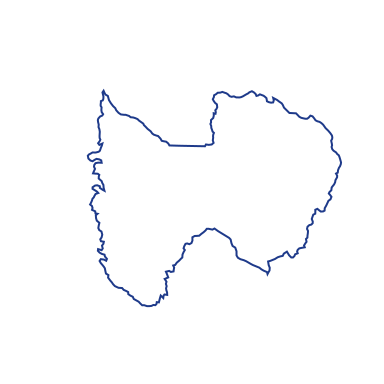 the district of Itapuranga, Goiás, Brazil, rotated 118°
{"feature_id": "56859067B45624667029655", "entity_name": "Itapuranga", "entity_type": "district", "adm_level": 2, "iso_a3": "BRA", "parent_name": "Brazil", "parent_adm1": "Goiás", "projection": "robinson", "projection_center": [-49.942, -15.57], "detail": "fine", "context": "isolated", "style": "outline", "palette": "blue", "viewbox_px": 384, "rotation_deg": 118, "n_neighbors": 0, "source": "geoboundaries", "source_scale": "gbopen_adm2", "svg_char_len": 5144}
<svg xmlns="http://www.w3.org/2000/svg" viewBox="0 0 384 384"><g transform="rotate(118 192 192)"><path d="M227.9,114.3L227.7,111.7L227.8,108.9L227.9,106.6L227.9,104.0L227.2,97.0L227.7,94.4L227.8,91.8L227.5,88.2L229.0,86.8L226.8,86.8L224.9,86.7L222.4,87.8L220.5,90.0L217.6,92.2L216.0,90.5L212.2,87.3L209.4,85.7L207.4,83.8L205.8,81.9L203.3,82.0L200.1,80.2L202.3,76.5L203.2,73.6L202.4,72.1L200.5,71.5L198.6,71.7L196.5,69.9L195.1,71.3L193.4,71.5L191.4,70.8L190.3,69.5L187.9,66.5L186.6,68.0L183.9,67.8L182.2,67.5L180.0,69.3L178.1,68.7L176.4,69.5L173.9,70.4L171.9,71.3L170.6,73.1L168.4,73.7L166.2,72.9L164.7,71.3L162.9,70.8L161.4,71.5L159.6,73.6L155.1,74.3L153.3,73.0L151.8,73.7L149.8,74.8L148.0,73.4L148.4,71.5L148.8,69.1L147.6,67.1L146.2,66.2L144.0,67.2L141.0,67.1L139.2,67.2L135.7,67.4L133.5,66.3L130.8,66.6L129.8,68.6L129.1,70.5L127.5,70.6L125.1,69.8L122.4,70.8L120.6,70.5L118.6,70.1L116.2,70.2L114.2,70.9L110.9,70.8L109.4,71.5L108.1,73.5L106.5,72.4L104.2,73.3L101.6,73.6L99.8,73.4L97.5,73.7L95.9,74.3L93.6,76.5L91.8,78.3L90.7,79.6L90.3,81.6L89.4,83.4L89.1,86.4L88.4,88.2L86.7,89.9L85.1,90.2L83.7,91.2L81.4,93.2L79.3,93.2L77.8,93.8L76.4,95.0L75.1,97.5L73.9,100.5L72.9,104.0L72.1,105.6L71.0,107.8L70.4,110.1L70.2,112.3L70.7,114.5L70.7,116.6L69.6,118.7L68.6,121.1L69.0,123.3L71.6,123.9L73.2,124.7L74.1,126.3L74.6,128.0L75.2,130.3L75.2,132.6L74.5,134.6L73.7,137.1L75.0,139.9L76.5,143.1L75.6,146.1L74.3,150.4L72.5,152.7L71.6,154.4L71.2,157.9L70.8,159.9L70.8,164.5L72.7,162.8L74.8,162.4L76.0,164.1L76.6,166.3L76.7,168.4L74.2,170.3L73.7,172.1L73.4,174.0L73.9,177.9L75.7,178.9L76.9,180.2L75.6,181.8L75.0,184.0L74.9,186.4L77.1,188.2L78.5,188.7L80.4,190.0L83.7,192.0L85.3,193.3L86.3,194.6L87.7,197.4L87.9,199.9L89.4,201.8L89.7,203.8L88.9,206.1L88.7,208.0L89.0,209.6L89.4,212.2L91.0,213.7L92.3,215.9L94.4,216.7L96.2,217.9L98.1,217.2L100.3,217.2L101.4,215.6L102.5,213.4L102.9,211.2L105.3,209.5L107.3,209.4L108.9,209.8L110.3,208.5L111.9,208.0L112.3,209.8L114.4,208.6L116.7,208.0L119.6,209.0L121.7,207.8L123.3,207.7L124.6,206.1L126.4,205.0L127.6,203.6L129.0,202.2L129.5,200.4L131.3,200.2L132.7,199.7L134.1,198.8L136.6,197.9L138.5,196.0L140.8,196.9L142.5,199.3L143.5,202.0L145.5,202.0L156.1,222.9L158.1,226.9L161.5,233.8L160.3,235.7L159.7,238.4L160.6,241.2L161.0,242.8L159.7,244.8L158.5,248.2L158.9,249.9L159.3,252.7L159.0,254.6L157.8,257.0L157.1,260.9L156.2,263.5L155.5,265.9L154.5,267.1L153.8,272.4L153.2,274.3L153.4,276.7L153.8,278.9L154.8,281.3L154.4,283.2L155.0,286.9L155.8,288.4L156.9,291.2L156.6,294.0L155.4,297.3L154.0,299.1L153.2,302.0L151.7,305.3L149.8,308.5L146.7,311.4L146.6,314.2L145.6,315.7L144.1,317.6L146.1,317.8L149.3,315.0L151.4,314.0L153.0,313.8L154.5,315.1L155.9,314.4L157.5,313.8L158.8,313.1L159.7,311.6L162.2,310.5L163.9,309.2L165.0,307.0L166.6,307.1L168.5,308.6L171.1,309.2L172.7,308.9L174.4,307.7L176.3,306.0L178.6,305.0L180.0,303.3L182.1,301.7L186.0,299.9L187.7,298.9L188.8,297.5L190.7,297.4L193.0,297.8L193.9,295.9L191.3,293.9L193.4,293.4L195.8,293.2L198.8,292.7L200.3,293.3L202.4,295.6L203.8,298.4L205.8,299.6L207.2,300.6L208.9,301.0L211.1,299.2L211.9,296.4L211.5,294.2L209.4,293.1L207.6,291.9L206.7,289.1L206.7,287.0L208.6,285.5L210.1,288.6L211.8,290.7L214.0,291.0L215.7,290.4L217.1,288.5L220.5,288.3L222.0,288.1L220.9,285.4L220.1,283.8L220.4,281.9L222.0,281.6L223.9,280.7L224.8,276.9L226.3,275.3L227.3,273.6L229.9,271.9L232.0,269.9L232.0,272.0L231.6,275.3L230.2,276.1L230.6,278.9L231.8,280.6L234.5,282.0L235.9,281.3L236.1,277.9L236.3,275.9L236.9,274.3L239.0,276.2L241.3,276.3L242.9,276.2L244.6,276.7L246.5,276.3L249.0,276.1L250.9,276.1L251.3,273.8L252.8,272.3L254.7,271.9L254.5,268.4L256.2,267.2L255.6,265.2L257.7,266.0L260.2,264.4L262.0,262.6L262.7,259.3L265.4,258.6L267.8,257.8L269.2,256.0L269.4,253.4L271.8,251.2L274.6,250.5L276.8,250.8L278.2,249.3L277.3,246.5L279.3,245.9L281.6,246.3L283.8,244.3L285.8,244.5L286.5,248.1L288.1,247.5L288.9,245.2L289.0,242.6L288.4,239.8L289.8,238.6L291.0,235.7L293.0,235.5L293.0,238.0L294.1,241.0L296.3,241.2L297.6,239.1L298.4,237.0L299.4,234.7L300.3,233.1L302.3,231.5L304.4,229.7L304.6,226.8L307.0,225.9L308.6,222.5L309.4,220.4L310.5,218.3L311.3,215.9L311.1,211.9L310.3,210.2L309.6,208.6L310.5,206.4L310.3,203.7L310.3,201.4L312.1,200.3L312.4,197.7L312.3,195.1L313.8,193.2L313.9,187.6L314.7,185.4L315.4,182.8L314.4,181.1L313.9,178.2L312.8,176.1L311.6,174.3L309.9,173.1L309.1,171.2L307.5,170.8L305.8,171.4L305.0,169.4L302.7,170.0L301.1,170.4L298.1,171.0L299.1,167.6L296.9,168.4L295.4,168.2L294.5,165.6L292.3,166.9L290.8,168.5L289.2,169.7L287.0,170.2L285.4,171.9L283.2,172.4L281.6,175.3L278.6,172.9L276.4,175.4L274.6,177.6L272.4,175.1L272.5,173.1L270.8,171.0L268.7,171.8L267.1,172.3L265.7,174.1L264.3,172.6L261.6,172.3L258.6,171.1L256.0,170.4L254.4,169.8L251.7,171.0L249.1,171.2L246.6,171.1L245.7,173.0L243.5,173.4L240.8,173.4L239.7,172.1L239.3,169.8L237.3,168.5L234.7,168.8L231.8,170.4L229.6,169.0L228.6,167.3L227.2,165.1L224.6,164.1L222.1,162.9L219.6,162.0L217.6,161.7L216.7,160.1L215.6,156.3L213.7,155.0L214.3,150.7L215.1,137.7L215.8,135.6L218.7,133.1L220.6,130.8L220.8,127.7L223.4,124.9L227.1,122.9L228.5,120.6L228.6,117.7L227.9,114.3Z" fill="none" stroke="#1e3a8a" stroke-width="2"/></g></svg>